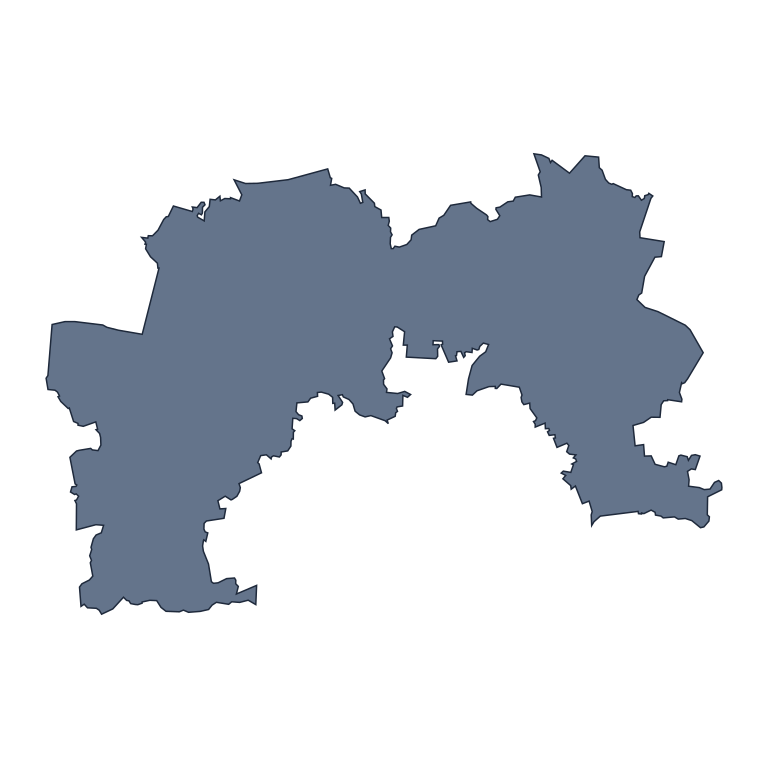 the district of Yuriria, Guanajuato, Mexico
{"feature_id": "50627088B69886558510846", "entity_name": "Yuriria", "entity_type": "district", "adm_level": 2, "iso_a3": "MEX", "parent_name": "Mexico", "parent_adm1": "Guanajuato", "projection": "mercator", "projection_center": [-101.194, 20.166], "detail": "fine", "context": "isolated", "style": "filled", "palette": "slate", "viewbox_px": 768, "rotation_deg": 0, "n_neighbors": 0, "source": "geoboundaries", "source_scale": "gbopen_adm2", "svg_char_len": 6076}
<svg xmlns="http://www.w3.org/2000/svg" viewBox="0 0 768 768"><path d="M591.7,525.5L594.0,521.7L600.3,516.1L638.1,511.4L638.5,513.7L641.6,514.0L641.6,513.0L643.9,513.6L651.1,510.1L655.1,512.3L655.5,515.1L661.0,516.1L663.2,517.9L674.5,516.9L678.2,519.1L685.3,518.5L691.8,520.6L700.5,527.7L703.9,526.9L708.9,521.1L709.4,516.8L707.3,514.8L707.6,496.8L721.7,489.8L721.9,487.5L721.4,483.1L718.7,480.5L714.5,482.4L710.0,489.1L704.2,489.6L699.4,487.6L688.6,486.2L689.1,479.8L687.5,471.4L691.4,468.9L695.3,469.6L700.0,456.1L695.3,454.7L691.5,455.4L688.4,460.3L687.2,456.7L680.9,455.1L678.9,455.8L675.8,464.7L668.2,462.2L666.8,466.2L664.4,466.8L655.1,464.3L651.2,455.9L644.5,456.1L643.6,444.6L635.1,445.8L633.0,425.5L643.6,422.4L651.2,417.2L660.0,417.3L661.2,404.6L663.7,400.8L667.6,400.6L667.7,399.7L681.6,401.8L681.9,399.2L679.4,392.5L681.6,382.8L682.3,383.7L684.7,382.7L687.6,378.8L703.2,352.7L690.1,329.8L685.3,325.2L657.9,311.6L645.0,307.4L636.9,299.6L638.8,295.0L641.7,293.0L644.6,276.3L654.9,257.2L661.4,256.6L664.2,241.6L640.0,237.7L639.7,231.9L650.9,198.4L652.8,196.0L648.8,193.3L648.2,194.6L644.8,195.7L644.3,198.5L641.4,200.2L638.3,195.8L636.2,195.9L634.9,197.5L632.3,196.6L632.4,193.5L630.7,190.2L626.4,189.7L613.2,183.6L611.8,184.3L608.7,183.0L605.4,179.3L602.1,170.2L599.3,167.7L598.6,157.1L585.0,155.8L569.5,173.2L552.1,160.3L550.5,162.6L548.9,158.4L541.5,154.9L533.9,153.8L540.2,171.8L538.3,175.0L541.2,187.5L541.5,197.0L529.7,194.9L515.3,197.2L513.2,201.1L507.8,201.8L499.9,207.1L496.1,207.8L495.9,209.4L499.8,215.7L497.4,219.3L490.2,221.6L487.6,219.6L487.9,216.6L486.5,214.9L476.7,208.3L470.9,203.3L470.7,201.9L450.6,205.3L443.8,215.3L439.1,218.1L435.7,225.8L419.1,229.4L411.7,235.1L411.1,239.8L406.8,244.5L399.3,247.1L394.9,246.2L393.2,248.6L391.3,248.6L390.2,243.8L390.5,237.3L392.1,234.8L390.5,231.8L390.7,228.1L388.2,225.4L389.3,221.2L388.8,217.5L381.7,217.5L381.0,210.0L374.8,206.6L374.4,203.2L365.2,193.9L365.1,189.9L359.7,191.6L361.3,193.9L362.8,202.4L360.4,203.3L357.5,197.0L349.2,188.1L344.2,187.9L335.6,184.3L330.5,185.3L331.7,178.4L330.3,177.7L327.7,168.9L288.1,179.7L257.8,183.3L245.5,183.5L234.1,179.8L241.8,194.8L239.5,201.0L230.5,197.6L230.5,198.8L224.8,198.5L220.4,200.8L219.9,196.2L215.4,199.9L210.1,199.3L209.3,206.6L204.9,211.9L204.2,220.9L197.6,217.1L197.2,215.5L198.6,213.3L201.4,214.8L202.4,213.1L202.5,207.3L205.0,204.8L204.0,202.3L201.2,202.3L197.1,207.6L192.3,207.0L193.1,209.0L192.3,211.5L173.4,206.0L168.3,216.5L166.2,216.8L163.7,219.5L158.0,230.2L152.5,235.8L148.3,235.7L147.8,238.1L141.6,237.4L145.6,242.1L145.0,244.2L146.4,244.2L145.6,248.8L150.5,256.8L157.4,263.2L157.9,268.1L159.0,268.1L142.2,334.3L118.4,330.2L106.9,327.3L102.8,325.0L74.8,321.6L65.0,321.6L52.1,324.5L47.9,375.6L46.1,378.2L48.0,389.5L55.0,390.2L57.5,392.1L59.5,396.0L58.0,396.7L60.8,401.5L68.2,408.5L69.3,408.0L73.6,421.5L78.0,423.4L78.0,425.2L83.3,426.3L95.8,421.9L97.6,429.2L96.0,429.7L99.6,433.5L100.6,437.5L100.9,445.1L98.0,450.6L92.3,449.9L90.7,448.4L79.2,450.3L76.5,451.0L69.9,457.3L75.1,483.9L76.8,485.0L76.0,486.4L72.0,486.8L70.5,492.0L74.6,494.5L76.2,493.9L78.6,496.2L76.5,500.0L74.9,500.5L76.5,503.8L76.3,529.9L95.9,524.7L103.6,525.3L101.3,532.8L96.1,535.0L93.4,538.7L91.0,547.3L91.7,549.5L89.7,555.8L91.5,560.4L90.3,562.8L92.8,576.1L89.4,580.0L81.9,583.8L79.5,587.1L81.0,606.4L84.2,604.2L87.5,607.8L96.4,608.3L99.2,610.2L101.6,614.2L112.8,608.9L123.5,597.2L126.6,600.4L128.9,600.8L130.7,603.6L135.3,604.5L137.8,604.7L142.1,603.2L142.1,602.0L149.8,600.3L156.7,600.6L161.0,607.4L166.0,611.3L179.4,611.8L183.4,610.1L188.5,612.3L200.2,611.4L208.6,609.5L212.1,605.1L216.4,602.3L228.7,604.3L231.7,601.8L239.7,602.4L248.2,600.2L255.8,604.6L256.6,585.4L236.4,594.0L238.3,586.4L235.7,583.7L235.8,580.2L234.5,578.0L226.6,578.6L218.1,582.8L213.5,583.3L211.4,581.7L208.5,564.0L203.4,551.3L202.6,546.0L203.4,540.7L203.8,539.8L205.8,541.4L207.8,532.9L205.2,531.9L203.9,529.1L204.1,523.4L206.4,521.0L224.0,518.3L225.8,508.5L219.9,508.9L217.9,500.7L225.2,496.2L231.0,499.9L232.3,499.4L236.9,496.3L239.7,491.2L240.3,487.6L239.0,483.6L261.5,472.8L259.1,463.9L257.7,462.6L260.7,455.6L266.4,454.8L271.1,458.9L271.5,457.0L273.5,455.8L279.4,457.0L281.1,454.9L281.2,452.0L287.7,450.9L290.9,446.1L291.0,441.2L292.1,438.7L293.3,439.0L293.4,432.2L294.8,430.7L292.1,428.8L292.8,418.3L296.6,418.6L299.8,420.6L302.3,418.5L301.9,416.0L298.6,414.7L296.0,411.6L296.9,402.9L307.9,401.9L310.6,398.2L317.6,396.3L317.4,392.5L321.3,392.1L328.7,394.2L332.6,397.3L332.8,403.4L334.7,403.2L335.1,410.1L341.9,404.8L342.6,402.4L338.1,395.5L342.4,394.7L343.3,396.9L349.0,399.5L353.0,404.0L355.1,411.2L359.6,414.9L365.1,416.9L370.9,415.6L385.1,420.7L388.3,423.6L387.1,420.1L395.2,416.3L395.7,412.7L397.5,411.4L396.4,408.5L397.1,406.9L402.6,406.0L402.9,395.4L407.5,397.3L410.6,394.5L404.7,391.4L397.7,393.5L386.5,392.4L387.0,388.9L383.6,384.3L383.5,379.9L384.6,378.7L381.8,371.0L390.6,357.9L392.1,352.8L390.6,348.8L392.5,345.9L389.5,338.8L393.0,336.4L392.4,331.9L394.7,326.8L397.2,327.0L404.6,331.7L403.3,345.1L407.3,345.1L406.3,357.1L435.8,358.7L437.7,356.3L437.5,348.9L439.5,346.4L438.9,344.6L433.0,344.7L433.2,340.7L442.5,341.1L442.6,344.2L441.1,344.8L448.6,362.2L457.0,360.9L455.5,355.8L456.5,355.5L457.0,351.7L460.9,351.4L463.7,357.4L465.2,355.7L464.6,352.7L466.2,351.7L472.0,352.5L472.3,348.3L477.1,350.0L478.8,349.5L479.8,346.4L483.3,343.1L488.6,344.5L485.7,351.8L479.7,356.2L472.1,365.5L468.5,378.9L466.1,394.4L472.4,395.1L477.0,390.8L489.0,386.6L495.3,386.4L495.3,388.4L496.8,388.5L501.0,384.1L519.3,387.2L522.0,395.0L521.1,397.5L521.9,401.9L523.8,404.6L529.7,403.1L530.1,408.6L536.8,417.9L535.5,420.7L533.5,421.5L535.2,424.2L535.2,427.1L545.1,423.1L545.4,428.7L548.8,428.5L549.5,430.4L547.5,431.8L549.2,435.4L554.9,434.7L555.4,437.9L553.5,438.3L557.0,447.4L566.9,443.2L568.8,445.5L566.7,451.7L569.5,454.1L575.9,454.9L573.3,457.9L575.7,459.0L576.6,461.4L571.8,464.0L573.4,464.8L570.8,472.4L563.3,471.1L561.2,473.1L565.7,475.4L562.9,478.8L570.7,485.6L571.2,489.2L575.4,486.0L582.4,503.7L589.1,501.1L592.2,511.6L591.2,514.9L591.7,525.5Z" fill="#64748b" stroke="#1e293b" stroke-width="1.5"/></svg>